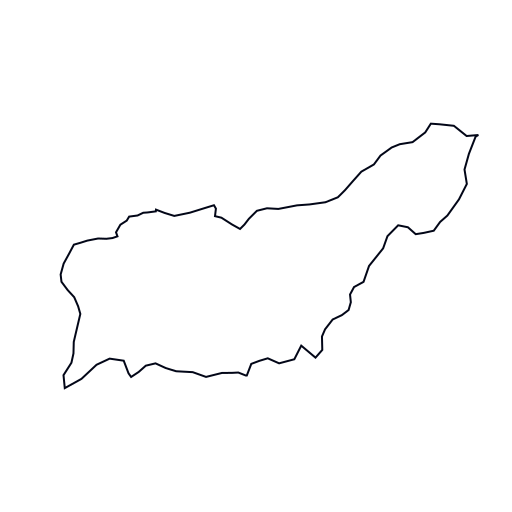 the district of Platanisteia, Limassol, Cyprus, rotated 286°
{"feature_id": "46923920B24225105441994", "entity_name": "Platanisteia", "entity_type": "district", "adm_level": 2, "iso_a3": "CYP", "parent_name": "Cyprus", "parent_adm1": "Limassol", "projection": "natural_earth1", "projection_center": [32.714, 34.708], "detail": "fine", "context": "isolated", "style": "outline", "palette": "ink", "viewbox_px": 512, "rotation_deg": 286, "n_neighbors": 0, "source": "geoboundaries", "source_scale": "gbopen_adm2", "svg_char_len": 1532}
<svg xmlns="http://www.w3.org/2000/svg" viewBox="0 0 512 512"><g transform="rotate(286 256 256)"><path d="M433.6,436.4L429.4,425.4L435.7,410.3L433.2,396.1L431.4,387.6L421.4,384.6L408.6,375.1L403.1,363.4L397.7,356.5L391.7,351.8L386.9,348.0L376.5,344.1L366.1,334.0L355.1,328.7L343.8,323.4L335.0,318.5L326.8,307.9L320.3,293.2L316.0,281.5L307.4,264.5L304.9,253.4L299.7,244.4L289.8,238.9L283.0,236.2L277.6,233.2L279.7,224.2L283.3,212.2L283.0,205.6L290.5,204.4L293.2,201.6L288.0,193.6L279.4,180.5L272.0,166.4L272.2,156.3L273.0,147.1L271.3,147.4L267.9,139.6L266.5,135.7L262.3,131.0L258.9,123.2L254.4,122.0L248.7,117.0L240.2,114.9L236.7,117.4L233.7,113.1L231.3,107.4L229.3,99.4L224.3,89.6L220.2,83.4L216.7,77.8L207.2,75.8L195.7,73.2L184.4,73.3L177.6,76.1L171.3,84.4L166.3,92.6L158.6,98.9L151.9,103.1L135.3,103.9L123.2,104.5L112.0,107.4L102.5,108.0L88.4,103.8L76.3,108.6L89.8,122.1L107.5,132.7L117.0,143.6L118.9,157.7L108.1,165.8L105.3,169.3L112.2,175.2L120.2,180.3L125.1,189.0L123.4,200.2L123.2,211.0L126.9,227.2L126.0,241.3L134.2,255.5L137.0,265.0L139.1,271.1L138.3,279.3L138.6,280.1L151.0,281.2L156.2,288.2L160.9,295.5L159.2,307.8L167.3,321.3L182.3,324.2L174.7,341.2L184.0,345.6L196.8,341.6L204.6,342.6L216.1,347.2L222.9,354.9L229.6,359.9L237.7,359.9L244.9,357.0L253.2,358.8L260.8,366.5L277.6,367.4L298.4,376.1L311.3,376.9L324.7,384.2L325.5,394.1L321.0,403.5L324.4,410.8L329.3,419.9L339.5,423.6L347.6,428.8L366.4,435.5L383.4,438.8L396.6,432.6L412.9,432.5L431.3,434.2L433.6,436.4Z" fill="none" stroke="#020617" stroke-width="2"/></g></svg>